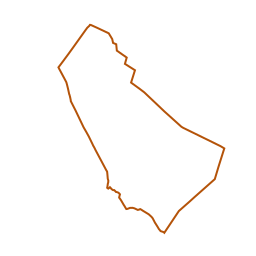 Reifi Telkok, Kassala, Sudan (Natural Earth projection), rotated 137°
{"feature_id": "16777658B60092664698782", "entity_name": "Reifi Telkok", "entity_type": "district", "adm_level": 2, "iso_a3": "SDN", "parent_name": "Sudan", "parent_adm1": "Kassala", "projection": "natural_earth1", "projection_center": [36.762, 16.137], "detail": "fine", "context": "isolated", "style": "outline", "palette": "amber", "viewbox_px": 256, "rotation_deg": 137, "n_neighbors": 0, "source": "geoboundaries", "source_scale": "gbopen_adm2", "svg_char_len": 1483}
<svg xmlns="http://www.w3.org/2000/svg" viewBox="0 0 256 256"><g transform="rotate(137 128 128)"><path d="M85.5,229.4L86.6,229.1L88.5,229.1L89.4,229.1L92.6,228.5L105.9,225.8L113.8,224.2L121.4,222.7L134.0,220.4L137.5,219.8L137.9,218.5L141.2,206.0L141.9,203.5L143.1,201.2L145.1,197.6L147.9,192.9L148.1,192.3L149.3,190.0L149.5,189.8L149.5,189.7L150.9,187.4L151.5,186.7L154.5,176.3L160.0,158.8L161.2,153.6L162.5,148.4L164.9,140.6L165.6,138.5L165.6,138.2L166.2,135.9L166.8,134.0L172.7,111.9L173.0,110.4L173.2,110.1L174.8,108.0L177.4,104.7L177.9,103.7L178.3,102.9L178.8,102.5L179.3,101.9L180.9,100.9L182.7,99.4L183.7,98.7L184.0,98.5L183.8,97.2L183.6,97.2L182.8,97.0L181.9,97.0L181.6,97.0L181.6,95.1L181.7,94.5L181.3,92.8L180.4,91.9L180.4,89.4L180.1,89.1L179.9,88.8L179.2,87.4L179.1,87.0L179.1,85.0L181.8,83.3L182.0,82.5L182.1,82.4L182.1,81.6L182.4,79.8L183.6,74.5L183.7,73.6L183.9,72.9L184.5,69.9L183.7,69.3L182.5,68.8L181.0,68.2L180.0,67.3L179.1,66.5L178.1,64.9L177.3,62.9L176.7,61.4L175.4,60.7L174.4,60.4L174.0,59.3L173.5,57.2L172.6,54.0L171.7,50.8L171.4,47.1L171.5,45.2L172.9,40.2L173.0,39.4L173.1,38.9L173.9,34.8L174.3,33.2L174.4,30.8L174.5,30.4L172.9,27.5L172.9,26.6L147.4,32.6L133.5,32.2L126.5,32.1L99.4,31.4L88.3,37.9L71.5,47.4L72.7,51.6L87.5,90.4L88.1,92.5L90.1,115.3L91.8,143.0L92.8,148.8L94.8,159.1L83.5,165.5L86.5,177.0L80.9,180.4L83.4,192.2L79.5,197.3L80.9,200.4L78.9,203.8L77.5,210.4L82.2,222.2L84.9,228.7L85.5,229.4Z" fill="none" stroke="#b45309" stroke-width="2"/></g></svg>